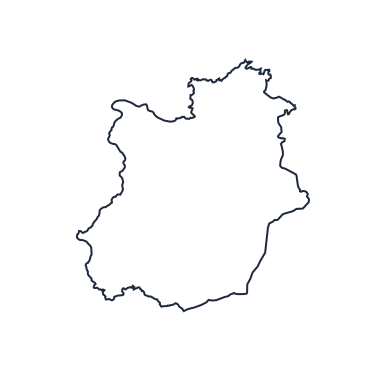 the district of Tesouro, Mato Grosso, Brazil, rotated 153°
{"feature_id": "56859067B1460135185078", "entity_name": "Tesouro", "entity_type": "district", "adm_level": 2, "iso_a3": "BRA", "parent_name": "Brazil", "parent_adm1": "Mato Grosso", "projection": "orthographic", "projection_center": [-53.481, -15.916], "detail": "fine", "context": "isolated", "style": "outline", "palette": "slate", "viewbox_px": 384, "rotation_deg": 153, "n_neighbors": 0, "source": "geoboundaries", "source_scale": "gbopen_adm2", "svg_char_len": 6009}
<svg xmlns="http://www.w3.org/2000/svg" viewBox="0 0 384 384"><g transform="rotate(153 192 192)"><path d="M288.5,134.6L288.3,133.2L287.5,132.7L288.1,131.6L286.5,131.6L284.7,131.4L283.4,131.5L282.1,130.8L282.2,129.1L281.3,127.8L281.7,126.5L280.5,125.8L280.2,124.0L280.8,122.4L280.5,121.4L279.9,120.6L278.9,119.9L278.2,118.7L276.8,118.0L275.9,117.3L275.4,116.3L274.7,115.6L274.2,114.4L272.5,112.4L271.7,112.0L271.9,110.8L270.9,107.8L271.7,106.6L271.3,103.7L269.8,103.4L265.9,101.7L265.1,101.9L264.2,101.0L263.0,101.1L260.4,100.2L256.9,100.3L255.5,98.0L255.5,96.0L254.9,94.6L253.6,92.5L253.7,91.4L253.4,89.6L250.1,89.6L246.3,89.0L242.7,88.1L235.5,87.2L229.4,87.1L226.2,88.3L223.0,86.0L219.4,84.6L210.3,83.6L207.4,82.8L204.3,83.3L200.3,82.9L200.1,82.1L197.2,80.0L191.9,77.4L189.4,76.7L188.5,77.5L184.7,84.6L179.8,87.9L174.5,92.8L167.2,95.9L162.5,99.5L154.4,104.7L140.7,125.5L137.5,128.9L133.2,128.9L131.1,129.6L129.3,128.5L128.0,128.4L121.7,130.8L120.7,131.0L110.8,129.1L106.5,129.5L101.3,127.1L100.2,127.1L92.6,130.0L91.5,131.6L91.0,132.7L91.6,135.9L89.7,137.6L90.0,140.2L91.8,142.1L92.9,142.6L95.0,142.8L95.5,143.8L94.7,145.0L95.1,147.6L94.6,150.1L91.5,159.0L91.4,160.4L98.4,170.6L100.5,172.3L101.2,173.6L101.5,174.9L101.3,175.9L98.8,179.6L97.2,181.2L94.7,183.1L93.9,184.3L92.7,186.7L91.1,193.0L91.0,194.4L89.0,195.4L86.6,195.3L85.2,197.3L86.9,199.0L88.1,199.1L88.7,200.0L89.8,200.9L90.3,202.2L89.6,203.0L84.9,204.8L83.1,209.4L83.7,214.0L83.0,216.3L81.5,219.5L80.0,219.6L75.2,219.0L74.3,219.4L73.3,220.3L72.2,222.4L70.9,222.2L70.1,221.6L70.9,219.6L71.1,217.6L70.1,217.5L69.5,218.3L66.6,219.7L63.8,219.7L63.1,219.0L61.9,219.2L61.5,220.3L62.0,221.7L61.1,222.6L62.4,223.2L63.0,225.4L63.8,226.4L64.0,227.9L64.8,228.9L65.9,228.9L66.6,230.1L67.1,231.8L68.4,233.0L69.8,235.6L71.5,237.6L72.9,237.4L75.2,238.0L76.6,238.1L78.3,239.7L79.2,240.8L82.5,248.0L82.0,249.0L80.4,249.3L77.5,252.5L77.0,253.7L76.4,254.4L75.2,257.9L74.2,256.8L73.2,256.5L72.1,257.6L71.0,257.9L70.0,257.8L69.1,259.6L68.9,261.1L69.9,261.4L70.4,262.6L69.3,264.4L68.0,264.7L67.8,266.0L69.1,266.3L70.8,267.4L71.9,267.3L74.9,264.5L76.6,266.4L77.7,266.1L78.4,266.8L77.8,267.6L76.9,267.8L76.0,268.6L75.7,269.7L74.8,270.6L77.1,270.8L79.4,271.7L80.3,272.4L80.8,273.5L83.1,274.9L82.4,275.9L82.9,276.8L86.1,276.8L87.4,277.0L88.0,278.1L87.4,279.0L84.0,280.5L82.8,280.4L80.7,280.7L79.8,281.1L81.8,282.3L84.0,282.3L84.4,283.4L84.6,285.4L86.8,283.7L87.8,283.8L88.7,284.2L89.9,284.2L91.3,283.8L92.3,282.9L94.0,282.1L95.5,282.2L96.7,282.9L100.9,282.2L102.0,281.8L103.6,280.8L105.6,281.3L106.5,281.1L107.4,280.0L108.6,279.1L109.9,279.2L110.8,278.7L111.9,278.8L113.9,278.4L115.2,277.7L115.7,278.7L116.8,279.0L116.2,280.8L117.6,280.8L118.4,280.4L119.4,280.6L120.3,279.6L121.7,279.6L123.4,280.0L124.0,281.2L123.7,282.6L124.5,283.7L127.3,283.7L128.0,284.3L128.2,285.8L129.5,286.2L130.1,287.1L131.5,287.6L133.1,287.4L134.4,288.0L135.0,289.1L136.1,288.6L136.9,289.6L136.2,290.6L137.5,291.1L138.8,291.0L139.7,293.3L140.6,293.7L141.9,293.2L141.8,291.6L142.7,291.0L144.8,290.6L146.0,289.9L147.4,287.7L146.5,287.5L143.7,287.6L143.3,286.4L143.3,283.9L143.6,282.6L144.2,281.8L145.0,281.4L145.1,279.6L146.6,278.7L148.2,278.6L149.3,279.0L150.5,276.8L151.3,275.8L150.1,273.9L150.5,271.7L151.2,270.6L152.2,269.7L153.1,269.2L155.1,269.5L156.3,269.0L155.9,268.2L154.8,267.6L153.5,266.3L154.6,265.1L155.9,264.2L156.7,263.1L156.4,261.9L155.4,259.3L155.1,258.1L155.9,257.6L157.3,257.9L158.5,257.9L159.6,258.8L161.5,258.4L162.3,259.2L163.5,259.7L164.4,260.5L164.9,262.6L166.1,262.9L166.8,263.6L167.8,263.2L169.4,263.3L170.5,263.9L171.6,264.0L172.5,264.7L173.1,263.9L175.1,263.2L177.7,263.8L179.8,264.8L183.1,267.3L185.0,269.0L186.5,271.2L188.1,273.1L189.3,275.0L190.0,277.0L190.3,278.6L190.2,279.9L190.5,281.1L191.4,282.2L192.8,283.3L193.9,284.8L193.9,286.0L192.9,289.4L193.0,290.8L195.0,291.8L197.5,292.1L199.6,291.9L200.7,292.3L202.8,294.4L203.8,296.4L205.7,299.3L210.4,304.3L215.3,306.6L218.2,307.3L220.5,307.1L222.9,306.1L224.0,305.4L224.7,304.2L224.7,302.5L224.2,301.4L222.7,299.7L221.0,298.5L219.6,296.6L218.7,294.8L218.8,293.5L219.3,292.6L221.2,291.1L222.3,290.7L224.3,290.8L226.4,290.4L227.8,290.0L229.9,288.8L231.5,286.9L232.6,286.0L233.8,285.9L234.9,285.0L235.6,283.7L236.9,283.4L239.3,281.8L239.5,279.8L242.4,277.6L243.0,276.8L243.0,274.3L242.3,272.5L240.0,270.3L238.8,269.6L238.1,268.2L237.5,260.3L236.2,258.6L236.3,257.3L235.8,254.7L236.2,252.0L237.4,250.6L238.9,250.3L240.0,249.2L240.0,247.6L239.8,246.4L240.1,245.4L240.8,244.3L244.5,242.4L247.2,242.4L248.7,240.4L248.8,239.2L248.1,237.1L248.0,235.1L248.9,232.0L250.9,229.9L251.4,229.0L252.3,225.7L253.1,224.8L257.1,222.2L258.6,223.3L260.1,223.5L262.3,222.4L263.6,223.1L265.2,222.8L267.2,221.6L268.1,218.9L270.4,218.6L271.6,218.1L274.8,218.0L275.7,217.7L278.0,218.6L280.9,218.3L282.6,217.5L284.2,214.8L286.0,213.0L286.9,212.8L288.1,212.1L288.7,211.4L293.1,209.6L295.2,208.2L296.0,207.1L297.1,207.0L298.3,206.3L299.6,206.6L301.6,206.0L302.6,205.1L304.1,204.8L305.4,205.2L306.6,204.9L307.7,205.1L308.4,205.9L308.6,207.1L309.4,208.1L310.3,208.5L312.1,206.5L313.5,206.3L314.8,204.5L315.1,203.5L314.8,202.1L313.9,200.4L312.9,199.6L312.0,199.3L311.2,198.7L309.0,196.4L308.4,195.3L308.0,193.1L307.0,190.1L307.0,189.1L307.2,187.9L309.8,181.9L311.7,180.7L312.5,179.4L315.0,177.1L316.0,176.8L316.9,176.1L318.3,176.3L319.6,175.5L320.3,174.5L320.2,173.0L320.9,171.3L320.9,168.4L321.9,166.4L322.1,165.5L321.9,164.3L320.8,160.5L321.6,159.2L321.3,157.9L319.7,155.0L319.6,153.9L321.0,153.5L322.5,152.3L322.9,151.5L322.3,150.5L320.2,149.9L319.4,148.7L318.9,147.2L317.8,146.8L317.2,145.8L315.5,145.5L314.6,144.3L315.4,143.9L317.0,143.6L317.6,140.9L316.8,139.5L316.5,138.2L317.2,137.6L317.5,135.2L315.0,134.5L314.1,134.0L313.7,133.1L312.4,131.8L310.3,132.0L308.8,133.9L305.1,133.4L301.5,131.9L300.1,131.6L298.9,132.7L299.4,135.0L298.7,136.4L297.8,137.2L296.6,137.3L296.0,135.9L295.3,135.3L293.5,135.8L290.3,135.3L289.7,134.5L288.5,134.6ZM288.5,134.6L287.4,135.3L286.9,134.2L288.5,134.6Z" fill="none" stroke="#1e293b" stroke-width="2"/></g></svg>